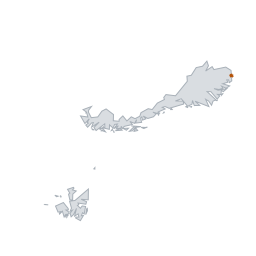 Sokndal nor, Rogaland, Norway shown in context, rotated 224°
{"feature_id": "86288312B30341713179901", "entity_name": "Sokndal nor", "entity_type": "district", "adm_level": 2, "iso_a3": "NOR", "parent_name": "Norway", "parent_adm1": "Rogaland", "projection": "orthographic", "projection_center": [6.294, 58.377], "detail": "fine", "context": "in_parent", "style": "filled", "palette": "amber", "viewbox_px": 256, "rotation_deg": 224, "n_neighbors": 0, "source": "geoboundaries", "source_scale": "gbopen_adm2", "svg_char_len": 4209}
<svg xmlns="http://www.w3.org/2000/svg" viewBox="0 0 256 256"><g transform="rotate(224 128 128)"><path d="M143.6,123.0L139.1,126.6L140.3,128.0L140.1,133.1L133.7,132.3L133.4,138.3L129.4,139.6L127.7,144.6L129.3,148.1L126.9,155.9L123.4,158.1L124.2,166.3L121.6,173.8L123.5,174.8L123.9,178.4L116.2,184.2L117.8,202.8L121.6,206.2L119.1,209.9L120.9,218.8L117.3,224.2L117.7,230.9L113.3,228.6L111.7,222.9L110.1,230.6L106.8,229.7L100.0,239.7L93.9,241.0L86.1,234.0L86.6,231.1L89.1,232.5L90.4,231.2L88.0,230.3L90.6,225.6L84.1,228.9L85.1,224.8L89.7,223.1L87.3,222.6L89.3,218.9L93.5,216.1L89.4,217.8L84.3,224.8L84.7,220.3L87.1,220.0L84.4,216.7L86.9,214.4L84.3,214.8L83.9,210.8L93.7,211.7L96.4,209.1L84.4,209.3L85.5,206.4L83.7,202.4L88.8,203.4L92.1,202.6L84.7,199.6L98.3,193.9L92.1,194.1L95.9,190.2L100.7,192.6L98.5,189.6L100.2,185.1L110.0,186.0L112.7,180.4L106.9,185.7L104.6,183.9L112.0,170.8L116.2,169.2L117.7,166.7L114.5,167.5L117.5,160.5L116.3,159.2L121.1,156.7L117.5,157.8L117.5,153.7L120.4,148.6L125.3,147.2L121.5,147.0L123.0,143.8L125.8,145.6L125.9,143.9L122.1,141.5L126.0,136.8L127.6,140.0L126.5,135.9L131.2,134.0L127.3,133.6L131.8,126.6L131.8,123.5L134.1,124.6L132.9,123.1L135.9,119.3L136.6,123.0L137.7,117.6L138.4,123.5L140.1,121.3L138.8,117.6L143.5,117.4L140.5,114.1L144.4,111.7L147.6,114.8L149.2,104.0L152.9,104.8L152.8,112.1L154.8,103.3L156.7,107.8L157.7,106.5L157.6,100.5L160.4,100.8L159.9,104.0L161.1,103.7L162.3,107.7L162.1,101.3L170.5,103.7L164.5,108.0L168.9,110.6L173.1,110.0L169.2,118.1L168.7,113.5L167.4,111.9L161.6,109.9L157.4,115.0L158.5,121.9L157.0,126.5L147.8,127.6L143.6,123.0ZM107.2,24.6L110.4,26.4L110.9,30.2L111.8,28.0L113.0,31.1L119.2,34.8L115.8,39.0L114.1,56.6L106.7,48.7L112.2,44.2L106.6,46.2L105.4,43.9L111.8,39.3L110.2,38.7L110.6,37.2L106.5,37.2L106.8,40.1L104.0,42.1L99.8,35.7L101.8,35.5L100.6,32.4L99.3,34.1L97.9,28.3L103.1,26.9L103.6,27.7L101.4,29.8L104.2,31.6L105.2,27.5L109.2,34.4L107.0,27.8L107.2,24.6ZM112.1,19.6L117.4,22.6L117.4,18.5L118.0,18.8L118.4,21.0L119.9,18.9L125.9,21.5L122.7,29.5L115.1,28.5L114.0,27.7L115.6,25.9L112.0,26.5L110.9,25.1L111.7,23.9L109.9,23.2L112.3,23.0L111.5,21.1L112.7,21.9L112.1,19.6ZM120.0,36.0L124.8,39.1L124.6,40.7L128.9,41.9L126.0,47.4L125.1,47.2L124.9,44.9L121.5,46.7L121.8,42.1L117.7,37.6L120.0,36.0ZM124.5,133.7L127.1,131.8L119.6,138.0L123.2,133.4L122.8,129.2L124.7,126.6L124.5,133.7ZM127.6,125.3L131.3,124.3L127.5,128.2L127.6,125.3ZM130.8,122.3L135.2,117.3L133.3,122.1L130.8,122.3ZM98.3,36.3L101.2,40.5L101.9,42.3L99.7,40.3L98.3,36.3ZM121.3,129.8L122.5,133.4L119.3,132.9L121.3,129.8ZM145.6,106.9L144.4,110.0L141.5,109.6L144.4,108.3L145.6,106.9ZM146.5,108.7L146.5,111.9L145.1,111.4L146.5,108.7ZM116.1,138.7L119.0,137.6L116.0,140.4L116.1,138.7ZM134.8,15.2L132.0,17.3L134.8,15.0L134.8,15.2ZM131.6,29.0L133.9,28.8L130.9,30.4L131.6,29.0ZM150.8,103.2L152.5,102.0L153.3,102.4L150.8,103.2ZM147.6,107.6L147.6,109.3L146.7,108.0L147.6,107.6ZM138.2,114.6L138.5,116.3L137.6,115.8L138.2,114.6ZM124.2,74.9L124.3,76.5L123.3,75.4L124.2,74.9ZM129.8,32.3L128.7,32.4L128.4,31.8L129.8,32.3ZM110.1,170.9L110.8,172.2L109.0,172.0L110.1,170.9ZM134.6,115.0L135.8,115.4L136.6,116.2L134.6,115.0ZM110.0,21.2L110.7,22.1L110.0,21.8L110.0,21.2ZM101.1,184.1L98.9,184.3L101.2,183.4L101.1,184.1ZM98.0,186.5L97.2,187.7L96.8,187.1L98.0,186.5ZM115.6,140.8L114.7,142.2L115.6,139.9L115.6,140.8ZM83.9,217.3L83.6,219.2L83.5,216.7L83.9,217.3ZM115.5,159.6L114.9,158.5L115.6,158.5L115.5,159.6ZM168.7,109.0L169.0,110.3L168.9,110.1L168.7,109.0ZM116.2,160.6L115.1,160.9L116.4,160.3L116.2,160.6ZM113.0,163.4L113.2,164.5L112.6,164.2L113.0,163.4ZM83.4,209.2L82.9,210.3L83.0,209.4L83.4,209.2Z" fill="#d9dde1" stroke="#a8b0b8" stroke-width="1"/><path d="M89.1,237.7L89.3,237.7L89.3,237.8L89.5,237.9L89.7,238.0L89.8,238.0L89.8,237.9L89.8,238.0L89.9,237.9L89.9,238.0L90.0,238.1L90.3,238.1L90.2,238.2L90.3,238.2L90.2,238.3L90.3,238.3L90.5,238.5L90.6,238.4L90.8,238.4L91.0,238.3L91.0,238.2L91.0,237.9L91.1,237.7L91.3,237.4L91.2,237.1L91.1,236.8L91.0,236.7L90.9,236.6L90.7,236.7L90.7,236.8L90.4,237.1L90.2,237.1L90.1,236.9L90.1,236.7L89.9,236.5L89.8,236.8L89.7,236.8L89.5,237.0L89.4,237.3L89.3,237.5L89.2,237.5L89.3,237.6L89.2,237.6L89.1,237.7Z" fill="#f59e0b" stroke="#b45309" stroke-width="1.5"/></g></svg>